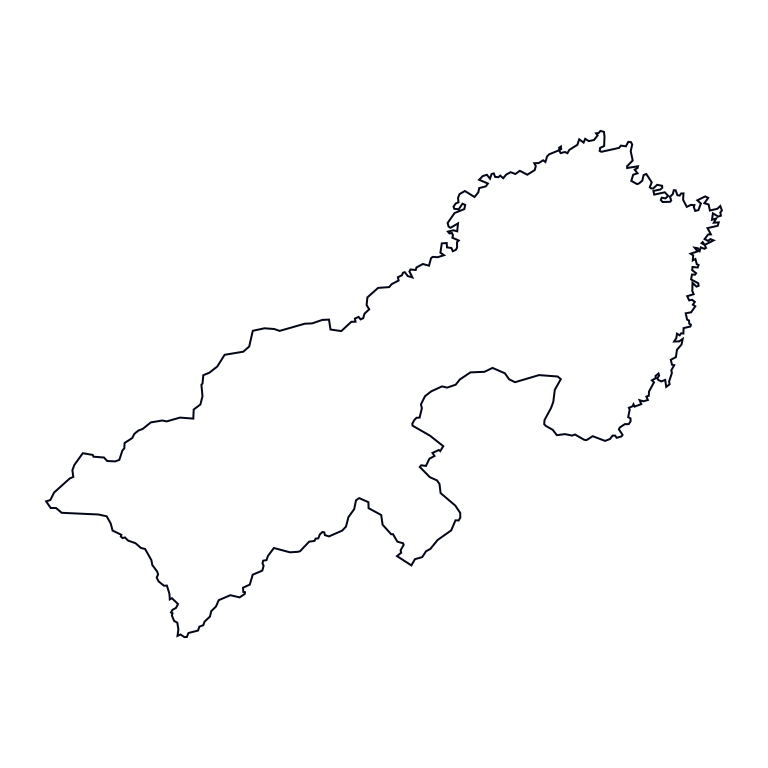 Bagé, Rio Grande do Sul, Brazil (Mercator projection)
{"feature_id": "56859067B38463954563112", "entity_name": "Bagé", "entity_type": "district", "adm_level": 2, "iso_a3": "BRA", "parent_name": "Brazil", "parent_adm1": "Rio Grande do Sul", "projection": "mercator", "projection_center": [-53.953, -31.246], "detail": "fine", "context": "isolated", "style": "outline", "palette": "ink", "viewbox_px": 768, "rotation_deg": 0, "n_neighbors": 0, "source": "geoboundaries", "source_scale": "gbopen_adm2", "svg_char_len": 6115}
<svg xmlns="http://www.w3.org/2000/svg" viewBox="0 0 768 768"><path d="M437.6,540.0L451.2,530.4L455.5,520.3L458.6,520.5L460.3,517.6L460.2,512.9L455.3,505.6L440.6,493.1L439.5,484.0L437.0,480.4L429.9,477.2L419.8,467.0L421.2,465.3L426.0,465.9L429.4,458.7L434.5,456.0L432.5,452.9L438.9,450.0L440.2,451.1L443.3,446.2L430.0,435.7L412.6,425.7L412.3,423.8L414.3,420.0L416.5,417.8L419.6,417.6L421.9,408.1L420.9,404.5L425.0,396.2L431.3,391.3L442.0,386.4L447.1,387.6L455.7,384.7L459.8,379.5L470.4,372.4L484.5,371.8L492.5,367.9L504.9,373.3L509.1,379.3L515.0,382.2L539.0,375.1L557.7,376.5L560.8,379.2L554.8,389.8L553.3,401.8L551.1,407.9L544.5,420.1L544.2,424.2L545.8,425.9L552.7,429.8L556.9,435.2L564.9,434.1L572.1,435.6L575.0,434.5L584.2,439.8L586.5,440.1L592.7,436.2L605.1,440.9L610.0,439.0L612.6,435.6L615.1,435.6L616.7,437.8L621.5,436.4L622.6,434.9L618.9,429.4L619.8,427.5L624.9,424.1L628.7,424.1L630.6,421.3L630.5,418.4L628.2,417.1L629.7,409.7L628.9,407.8L632.7,406.2L633.5,404.3L634.6,406.6L641.3,404.1L639.6,400.2L643.3,401.3L647.9,400.0L646.4,396.6L648.8,395.7L649.0,391.5L654.0,382.3L651.9,380.3L655.6,378.3L655.6,375.9L658.5,373.5L659.1,375.7L657.2,378.4L658.4,380.0L661.3,381.4L665.2,379.9L666.2,386.9L669.6,384.3L669.1,381.5L671.9,373.0L671.3,370.3L674.2,365.2L672.0,364.7L670.8,359.8L675.9,357.1L677.0,349.7L681.5,344.6L682.7,338.9L679.1,341.4L674.1,341.5L676.3,338.1L677.0,333.7L679.7,335.3L681.2,333.3L683.4,333.5L683.6,328.1L690.4,326.5L690.9,324.7L689.3,323.7L689.0,320.5L687.1,319.6L685.7,313.3L691.1,312.3L695.3,306.3L692.9,304.7L694.8,301.9L692.1,299.8L689.2,300.4L687.2,296.2L693.7,294.2L692.3,291.0L692.5,282.9L696.5,286.6L698.6,285.8L698.3,283.3L691.1,279.4L692.0,274.5L695.0,274.7L696.1,273.2L692.2,270.2L692.5,267.0L697.7,267.5L698.6,265.0L696.8,264.2L695.4,259.0L692.8,260.4L693.2,255.4L690.6,253.7L697.6,251.4L694.6,247.7L697.8,248.2L699.7,250.9L700.8,247.4L704.4,248.8L706.0,247.9L704.6,244.9L713.6,240.4L710.4,239.1L708.0,240.9L704.6,239.1L708.1,234.5L710.9,234.4L707.5,228.1L717.7,225.8L718.7,222.4L713.8,222.7L716.2,218.4L712.0,219.8L712.9,213.4L718.3,216.5L720.9,215.7L720.3,212.5L721.9,210.5L720.3,206.0L717.3,208.8L709.9,210.5L708.6,204.5L704.4,203.2L708.2,197.9L705.2,196.4L697.3,200.3L700.9,203.5L698.4,210.1L695.2,210.9L693.8,207.0L694.4,205.1L690.8,204.9L686.8,206.9L683.1,199.8L683.5,193.4L681.1,193.5L679.6,195.6L677.4,195.2L675.6,190.3L673.8,190.2L672.8,194.1L670.0,196.8L671.2,200.5L670.2,201.8L662.6,202.0L660.8,200.0L661.7,197.7L665.5,198.4L668.2,195.9L664.8,192.3L654.2,194.6L653.4,190.9L660.4,189.5L662.3,187.7L662.1,185.8L657.2,184.8L653.1,188.5L651.2,188.4L649.8,187.2L651.7,182.3L646.3,174.0L643.6,175.1L642.3,180.7L639.1,183.4L637.1,184.1L631.3,180.9L633.2,174.7L637.5,173.3L634.7,169.6L637.5,168.1L638.0,166.3L627.2,168.0L627.1,166.2L632.7,160.5L630.7,151.2L632.2,144.5L631.0,142.2L628.3,141.8L625.9,146.3L621.0,145.6L619.0,147.9L601.4,151.8L599.7,151.0L600.1,147.9L604.1,146.0L604.5,136.9L604.0,131.9L600.5,130.9L598.5,133.1L596.1,133.3L597.6,135.5L594.0,140.0L588.8,141.1L585.2,138.8L583.6,142.6L579.2,139.3L577.4,144.8L569.3,149.9L567.4,153.2L565.0,152.0L560.6,153.1L559.2,150.2L549.2,154.3L547.1,156.4L545.4,162.0L543.1,160.3L538.7,163.1L534.3,163.2L535.8,166.1L534.7,170.1L527.3,174.7L519.8,170.8L515.4,174.0L510.6,172.2L506.2,174.6L503.2,178.2L500.2,175.6L498.4,177.2L495.1,176.9L493.8,173.4L491.6,174.0L490.0,178.7L486.9,174.8L482.7,176.1L479.1,179.8L487.9,183.5L485.9,186.3L479.2,188.1L478.3,192.4L474.5,197.0L464.9,191.0L459.5,194.1L458.0,198.0L458.5,202.3L455.7,203.5L453.5,206.7L454.3,208.8L458.7,209.3L462.5,203.7L465.2,204.9L464.3,209.1L454.6,213.0L447.6,223.0L448.6,226.6L450.5,227.8L458.0,223.4L457.2,231.3L453.5,230.3L447.9,231.6L449.4,233.4L451.9,233.0L453.0,235.2L452.4,237.7L458.7,240.5L457.0,242.2L457.1,247.6L455.8,249.9L452.8,251.2L451.4,248.0L447.0,247.4L446.7,243.0L441.8,243.4L440.4,252.7L444.0,255.2L437.7,257.2L432.6,256.9L431.0,258.3L429.0,265.7L422.9,264.0L416.5,267.4L415.7,270.0L410.5,269.5L409.4,271.4L412.4,277.4L407.8,276.1L404.8,272.2L403.0,272.7L401.9,275.3L397.9,277.2L398.6,280.5L391.6,284.2L389.2,287.1L378.1,287.9L367.4,297.4L366.6,305.1L369.2,309.3L364.5,313.7L363.2,318.2L360.6,319.4L358.6,316.9L354.9,318.6L355.5,321.7L351.3,321.8L341.3,331.1L330.5,329.5L329.0,319.6L322.4,319.9L312.1,323.4L304.8,323.7L279.6,330.9L274.2,329.0L264.4,328.3L252.8,330.8L249.2,346.5L243.3,351.7L224.6,354.8L217.3,366.5L209.2,372.8L203.3,375.2L202.5,383.6L201.4,384.7L202.5,396.2L200.4,404.5L193.7,409.5L193.3,418.6L180.0,417.6L166.6,421.4L162.3,420.5L150.8,422.4L142.8,428.9L138.3,430.6L134.4,433.8L132.3,438.0L124.6,443.0L124.3,448.3L122.4,450.5L119.3,459.9L115.2,461.4L107.2,461.0L104.0,457.5L93.5,456.7L92.7,454.9L82.8,453.2L74.3,465.0L72.4,470.2L73.3,476.9L69.7,478.5L54.1,492.5L50.3,500.1L46.1,501.3L50.7,508.0L56.0,508.0L61.7,512.8L98.5,514.5L106.7,516.3L110.7,523.5L112.6,530.6L121.4,534.8L120.8,536.5L122.6,538.1L124.9,537.4L128.1,540.6L135.5,543.2L141.0,548.0L145.1,549.0L151.4,560.2L152.3,565.0L157.2,571.6L158.1,574.5L156.7,577.5L158.6,581.4L163.9,585.7L166.9,585.6L169.4,593.7L169.8,599.4L171.9,598.2L178.0,604.0L176.0,607.9L172.4,609.9L171.0,612.5L172.5,613.2L171.9,615.6L174.1,620.9L177.3,622.7L178.4,629.4L177.5,635.9L180.5,634.5L184.4,637.1L186.8,637.0L188.5,633.0L198.1,630.5L199.3,626.7L203.3,625.2L204.6,621.6L210.0,616.5L211.2,611.2L216.0,606.5L218.7,600.2L230.3,595.2L239.6,597.4L244.8,593.9L245.0,592.2L243.3,592.0L243.0,587.7L249.8,584.6L252.7,574.7L262.3,570.6L263.6,565.8L262.5,563.3L263.1,560.7L266.5,560.1L267.9,556.0L273.9,548.0L289.9,552.3L297.9,551.8L300.1,551.2L309.1,541.7L314.5,540.9L315.6,538.6L318.3,538.4L319.8,534.4L322.4,532.0L324.3,532.4L324.9,535.1L329.0,536.4L342.2,530.6L346.0,526.6L348.4,517.2L354.2,509.1L356.0,500.3L359.2,498.1L368.4,502.2L368.6,508.2L381.2,515.0L382.6,524.7L391.1,534.2L393.0,534.2L397.4,541.7L403.0,543.2L403.7,544.8L400.6,550.3L401.2,552.7L397.0,556.1L411.4,565.4L414.9,559.2L422.2,557.1L426.1,551.2L430.4,548.9L437.6,540.0ZM704.6,244.9L701.6,243.2L702.7,242.1L704.6,244.9ZM559.2,150.2L561.2,149.0L560.9,146.5L559.2,147.7L559.2,150.2Z" fill="none" stroke="#020617" stroke-width="2"/></svg>